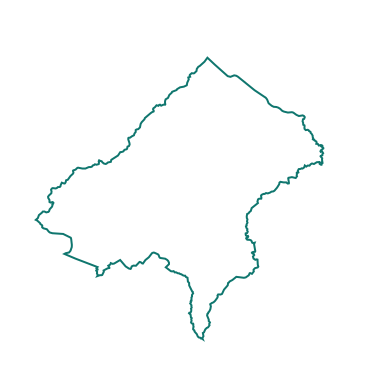 Ancuabe, Cabo Delgado, Mozambique (Mercator projection), rotated 132°
{"feature_id": "85939544B12924931865401", "entity_name": "Ancuabe", "entity_type": "district", "adm_level": 2, "iso_a3": "MOZ", "parent_name": "Mozambique", "parent_adm1": "Cabo Delgado", "projection": "mercator", "projection_center": [39.811, -12.944], "detail": "fine", "context": "isolated", "style": "outline", "palette": "teal", "viewbox_px": 384, "rotation_deg": 132, "n_neighbors": 0, "source": "geoboundaries", "source_scale": "gbopen_adm2", "svg_char_len": 6029}
<svg xmlns="http://www.w3.org/2000/svg" viewBox="0 0 384 384"><g transform="rotate(132 192 192)"><path d="M265.5,161.1L265.0,154.8L264.3,153.6L263.1,152.7L263.3,151.0L262.4,150.2L261.8,148.0L261.0,147.1L260.9,146.0L260.2,144.7L260.1,143.3L259.4,141.7L258.8,141.1L259.2,139.6L258.7,138.0L261.3,135.1L261.5,133.3L263.3,131.6L265.7,125.6L265.7,124.6L266.2,124.3L266.5,123.4L268.6,123.1L269.7,122.0L270.8,121.8L272.0,120.6L273.1,120.2L273.2,119.6L274.2,119.8L274.8,118.9L276.0,118.8L276.5,116.6L277.2,116.2L278.1,114.9L279.4,114.7L280.0,113.7L281.2,112.8L282.5,112.4L283.5,113.2L284.1,113.1L284.1,111.0L285.9,108.9L285.9,107.8L287.0,107.5L288.0,106.1L289.4,105.6L289.8,104.5L289.6,103.6L289.1,103.1L289.3,102.6L290.7,101.4L291.1,100.6L292.3,100.1L293.3,99.2L293.3,97.6L294.0,96.7L294.4,93.4L295.5,91.0L295.5,89.5L294.6,88.0L294.8,87.2L294.4,87.0L294.2,85.5L293.7,86.5L291.5,87.0L289.5,89.6L288.3,89.2L285.2,90.2L283.2,90.1L281.8,89.5L279.3,89.8L278.6,90.9L276.9,91.4L276.7,93.2L275.6,94.2L273.7,98.1L272.3,99.0L271.5,98.8L270.7,99.3L269.4,99.2L266.9,99.9L264.3,101.5L263.2,103.4L261.3,103.0L259.6,102.2L257.5,102.0L253.6,102.4L252.6,102.8L251.9,103.8L250.6,104.0L249.0,102.1L247.6,101.5L243.1,102.9L237.5,103.0L235.4,104.3L234.5,104.0L233.4,104.2L230.4,103.1L225.4,102.3L221.0,96.0L219.5,94.9L215.9,94.1L213.8,94.8L213.4,94.6L212.7,92.7L209.7,92.9L208.7,94.2L208.3,94.3L206.4,94.2L204.1,92.7L203.1,92.8L201.9,94.6L198.4,98.1L198.7,98.8L200.0,99.6L200.3,101.7L199.2,103.5L197.2,103.6L196.7,104.7L197.2,105.6L197.1,106.8L196.6,106.9L195.4,106.3L194.4,105.2L193.6,105.4L189.3,110.9L187.7,111.5L189.1,112.5L189.4,113.3L188.5,115.2L188.5,116.1L189.0,117.2L190.5,119.0L190.3,120.6L189.6,120.9L188.6,120.2L187.6,120.3L187.2,121.1L187.9,121.8L188.2,122.9L187.3,124.1L186.8,124.4L185.6,123.6L184.2,124.0L183.7,125.3L182.5,126.0L182.5,126.9L181.6,128.7L181.4,129.0L180.4,128.9L179.6,129.8L177.7,130.2L177.0,131.5L175.2,132.5L174.7,133.8L173.4,135.1L171.4,136.3L170.1,135.7L168.6,135.9L166.8,135.6L164.0,136.9L156.1,135.6L155.4,136.9L153.3,138.0L152.2,137.7L150.6,136.1L149.9,136.5L148.6,138.2L147.6,138.4L145.6,137.6L144.8,136.7L143.3,136.3L142.3,134.7L140.2,133.6L138.6,133.2L137.2,132.0L135.9,131.6L131.9,131.7L127.8,132.4L126.5,133.3L125.3,133.1L123.6,130.4L121.8,128.4L121.7,126.6L120.9,125.8L120.5,125.9L117.4,129.7L116.9,129.8L114.1,127.7L112.2,124.3L110.0,124.5L109.6,125.4L108.6,125.9L107.7,127.0L107.3,127.0L106.9,126.2L106.3,126.0L105.5,127.5L103.6,128.0L102.1,126.7L101.1,126.4L100.6,125.5L98.7,125.1L96.8,125.9L96.7,124.1L94.9,123.7L93.8,122.3L92.0,122.4L90.5,121.9L89.6,120.1L86.4,119.2L84.5,117.4L85.7,115.9L85.4,114.3L85.1,114.0L84.4,114.4L83.2,114.4L83.4,115.6L82.1,115.6L81.1,116.9L79.8,117.8L79.5,120.3L79.1,120.5L77.5,119.7L76.5,120.5L75.4,120.5L74.8,122.6L76.0,123.2L75.8,123.8L74.5,124.1L71.8,123.5L71.4,123.9L71.6,126.3L70.5,126.0L70.4,126.8L70.9,127.7L72.6,128.9L72.1,130.5L73.0,131.9L71.8,132.5L71.3,133.4L71.7,135.3L71.3,136.1L71.9,136.7L71.9,137.6L70.9,138.0L70.4,139.1L69.4,140.0L68.7,142.2L68.7,143.3L68.0,144.3L68.4,145.7L68.1,146.4L68.3,147.6L69.9,148.9L69.8,150.5L69.2,151.3L67.6,152.5L67.2,153.1L67.6,154.3L66.0,156.0L65.6,157.0L63.7,158.2L62.6,157.6L60.9,158.3L60.6,159.6L61.0,161.0L64.0,163.4L64.8,166.0L65.2,169.8L65.8,171.1L68.8,173.9L70.7,177.4L71.3,179.2L71.2,182.2L71.6,184.4L72.4,186.2L74.0,188.3L74.6,190.5L74.8,194.4L73.0,198.1L72.6,200.2L74.5,213.6L75.6,235.0L76.0,236.9L77.1,238.7L80.7,240.5L82.0,243.0L82.1,260.4L81.9,270.4L86.9,269.9L93.3,270.6L94.7,271.1L97.3,270.8L99.1,269.6L102.2,269.8L103.0,270.4L103.9,271.7L106.4,272.0L107.1,271.6L107.6,270.5L109.4,271.4L110.4,269.8L113.9,268.7L116.2,267.3L119.1,268.5L122.2,270.9L125.5,271.9L126.6,271.7L130.8,273.8L131.9,273.5L135.0,273.8L138.1,272.8L140.8,273.6L142.5,272.8L143.8,271.7L144.7,270.5L145.1,270.4L146.1,271.6L148.5,272.7L148.5,274.2L149.3,274.7L150.4,274.6L151.3,276.4L153.8,276.3L155.6,276.7L156.5,276.4L157.4,274.6L158.0,274.4L159.0,275.0L161.1,275.5L168.6,276.5L169.8,276.0L173.9,276.1L175.8,275.7L178.8,273.9L181.2,274.0L182.7,275.1L183.6,275.3L185.1,274.0L187.0,273.9L188.7,273.1L190.7,273.9L193.1,274.4L194.0,275.3L194.6,275.4L195.6,274.5L197.5,271.2L198.5,270.1L200.0,269.6L201.4,270.3L203.3,269.2L204.0,269.2L205.8,270.4L207.8,270.2L209.3,271.0L210.4,272.0L214.4,271.4L222.1,273.5L223.9,272.5L226.4,274.3L228.2,274.5L229.0,275.0L229.8,276.5L229.9,278.5L229.6,279.8L230.1,280.5L230.6,282.2L231.6,281.9L232.5,280.7L233.7,280.0L235.6,281.2L236.4,282.7L237.4,282.8L238.7,283.5L239.9,283.3L241.2,283.9L242.6,285.4L245.9,286.9L247.8,289.0L250.2,293.0L251.2,293.4L253.3,293.5L255.4,294.7L255.9,294.6L257.0,293.0L258.1,292.7L261.4,293.0L266.0,292.5L267.5,293.4L269.4,292.4L270.6,292.2L271.2,292.6L272.2,295.0L275.0,294.1L275.7,293.6L276.7,293.6L278.2,295.0L279.5,295.1L280.6,295.7L282.3,298.1L283.3,298.5L284.7,298.2L285.5,296.8L287.1,295.7L290.4,296.0L291.8,295.8L292.6,294.9L293.3,292.6L294.8,291.2L294.6,290.2L292.7,288.8L292.8,287.7L293.8,287.3L294.6,287.6L295.4,286.7L296.6,286.2L300.1,286.2L301.8,285.4L302.9,285.4L304.7,286.7L305.2,288.5L306.4,289.8L307.8,289.7L311.6,290.3L314.5,289.1L317.2,289.4L316.8,288.0L316.8,284.0L317.3,283.1L317.0,281.6L317.3,280.6L318.4,279.9L318.5,279.4L318.4,278.1L316.8,275.0L317.3,271.9L317.2,270.5L316.0,268.1L309.4,259.7L307.1,251.5L307.8,250.3L311.7,245.9L313.4,244.5L316.9,243.0L319.2,242.9L322.0,244.9L323.4,245.4L319.4,233.8L311.0,212.0L312.7,212.0L312.9,211.5L312.6,210.4L312.9,210.2L313.9,210.7L314.5,210.6L314.8,209.1L316.3,208.0L316.6,206.4L317.9,206.1L315.5,204.8L314.4,203.6L313.7,203.2L310.2,204.2L309.5,205.2L305.1,203.6L303.8,202.6L303.3,203.0L302.8,204.9L300.6,204.2L299.2,204.8L298.5,202.9L297.3,202.0L290.6,199.9L291.7,191.5L291.1,187.7L290.3,186.2L289.9,186.1L287.6,187.0L285.9,186.3L284.3,184.3L279.1,184.2L278.5,183.2L278.4,181.2L278.0,180.6L273.7,181.1L269.4,180.4L264.2,180.8L262.9,180.2L262.3,179.4L261.1,175.7L261.2,174.6L262.3,172.5L262.3,171.5L259.5,167.3L259.1,165.0L259.2,163.5L260.0,161.7L261.1,160.8L265.5,161.1Z" fill="none" stroke="#0f766e" stroke-width="2"/></g></svg>